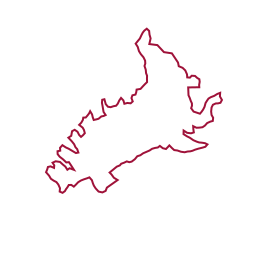 Dona Emma, Santa Catarina, Brazil, rotated 320°
{"feature_id": "56859067B98019570265908", "entity_name": "Dona Emma", "entity_type": "district", "adm_level": 2, "iso_a3": "BRA", "parent_name": "Brazil", "parent_adm1": "Santa Catarina", "projection": "robinson", "projection_center": [-49.782, -26.987], "detail": "fine", "context": "isolated", "style": "outline", "palette": "rose", "viewbox_px": 256, "rotation_deg": 320, "n_neighbors": 0, "source": "geoboundaries", "source_scale": "gbopen_adm2", "svg_char_len": 2974}
<svg xmlns="http://www.w3.org/2000/svg" viewBox="0 0 256 256"><g transform="rotate(320 128 128)"><path d="M202.9,73.9L204.5,70.3L206.6,67.2L206.2,64.0L203.1,63.9L200.7,64.4L198.0,65.5L194.6,67.1L191.3,67.7L188.1,68.3L187.6,72.1L185.8,76.2L185.3,79.7L185.3,83.8L184.4,87.4L182.7,89.7L180.5,91.1L179.1,94.7L177.1,97.6L176.2,100.2L174.5,102.1L172.1,105.1L169.2,105.3L166.5,105.6L162.7,106.1L159.3,104.1L157.3,105.9L155.2,107.2L152.4,105.8L149.9,107.3L148.7,110.7L145.9,110.8L143.6,108.4L140.8,107.1L142.2,103.9L142.0,100.5L139.0,101.3L135.8,102.8L133.2,103.3L130.9,102.0L128.1,100.9L126.3,98.8L126.3,95.4L128.4,90.8L126.4,89.8L124.2,92.0L122.7,94.7L121.3,97.1L119.6,100.0L119.2,103.7L117.0,103.1L115.0,102.0L111.4,102.0L109.2,101.0L106.9,99.8L107.9,97.1L109.2,94.5L109.8,90.8L107.6,91.8L104.9,92.4L102.4,92.8L100.4,91.3L98.6,92.8L95.6,93.9L92.6,94.2L93.5,98.6L93.0,101.2L91.6,104.2L88.8,104.6L86.3,104.6L86.1,102.0L86.9,98.4L86.0,95.1L83.1,94.5L79.5,97.5L76.1,97.1L76.4,102.1L76.3,105.8L75.4,109.0L75.5,111.5L74.2,114.9L72.0,113.7L70.8,110.3L69.2,105.7L67.9,103.0L66.7,99.0L63.2,99.5L61.5,101.8L59.1,100.5L57.3,102.8L57.2,106.1L58.1,110.3L58.6,114.7L60.8,116.2L60.4,119.7L59.7,125.3L57.4,121.3L54.7,121.0L55.2,117.3L54.6,114.1L54.1,110.3L51.2,107.0L47.9,106.1L47.5,109.2L45.7,111.0L44.0,107.6L41.6,106.4L39.5,107.8L36.8,109.2L36.9,113.8L36.3,117.3L37.2,120.5L38.4,123.4L38.3,126.5L37.2,130.4L34.8,132.8L36.2,135.6L39.1,135.8L41.2,135.0L43.4,134.5L46.0,133.6L48.0,135.2L48.8,138.1L51.6,137.9L55.0,137.5L58.3,138.0L61.3,139.0L64.3,140.2L66.7,141.0L66.8,144.8L65.6,147.7L64.8,150.2L64.4,153.5L64.6,157.8L67.0,160.9L70.4,161.8L73.5,160.1L86.6,161.2L85.2,157.0L85.5,153.0L85.3,150.3L94.6,150.4L97.7,151.4L99.8,151.0L102.8,152.1L105.6,152.8L107.0,155.0L109.2,156.1L113.2,156.3L117.0,155.6L119.9,156.8L123.4,157.1L126.7,158.1L130.1,159.1L133.1,159.4L136.0,160.7L138.3,162.1L140.9,162.2L141.7,165.9L143.6,168.5L146.3,168.2L148.5,167.9L148.8,171.8L149.2,174.6L151.4,177.0L153.3,180.2L155.8,183.0L158.5,184.3L160.7,185.9L162.8,186.9L165.4,187.7L168.7,189.1L172.6,191.0L175.2,192.1L178.3,191.6L177.2,189.1L175.2,186.8L173.2,184.8L171.9,182.7L170.2,179.3L169.1,175.2L167.8,172.2L166.6,168.4L169.0,165.7L170.2,169.7L172.9,172.6L175.6,173.7L177.1,171.2L179.1,168.5L180.6,171.8L183.2,173.8L185.6,175.3L188.5,175.6L191.8,175.1L195.1,176.0L197.5,177.1L199.8,174.9L200.4,171.7L202.3,168.8L205.2,166.0L208.0,164.8L211.0,165.6L212.8,167.0L215.0,168.1L218.0,166.9L218.7,162.9L221.2,160.3L218.2,159.3L214.7,158.8L211.2,157.6L208.6,157.2L206.3,157.8L203.5,158.7L200.2,161.0L197.3,162.2L194.6,162.9L192.3,163.3L190.7,160.7L188.8,157.6L189.1,153.4L191.3,152.1L192.8,150.2L193.5,147.6L194.6,144.7L195.4,141.8L200.2,135.6L208.8,142.6L210.2,140.7L212.6,138.7L214.0,136.5L213.2,134.2L212.8,131.2L210.4,128.9L207.8,129.2L205.9,127.3L207.7,124.8L208.9,120.7L208.5,117.0L206.6,113.3L208.4,110.0L209.6,99.0L204.3,93.0L203.8,83.4L198.3,77.4L202.9,73.9Z" fill="none" stroke="#9f1239" stroke-width="2"/></g></svg>